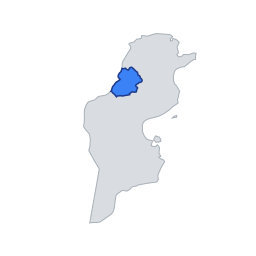 where Kassérine sits in Tunisia, rotated 22°
{"feature_id": "TUN-110", "entity_name": "Kassérine", "entity_type": "Governorate", "adm_level": 1, "iso_a3": "TUN", "parent_name": "Tunisia", "parent_adm1": "", "projection": "natural_earth1", "projection_center": [8.892, 35.211], "detail": "fine", "context": "in_parent", "style": "filled", "palette": "blue", "viewbox_px": 256, "rotation_deg": 22, "n_neighbors": 0, "source": "natural_earth", "source_scale": "10m", "svg_char_len": 3993}
<svg xmlns="http://www.w3.org/2000/svg" viewBox="0 0 256 256"><g transform="rotate(22 128 128)"><path d="M174.5,145.3L174.5,146.0L173.7,151.5L173.5,153.5L173.4,156.8L173.4,160.8L175.3,164.2L175.4,165.7L174.7,167.4L171.2,169.4L166.8,171.9L163.0,174.3L158.8,177.0L157.5,178.7L155.4,180.0L153.7,181.3L153.4,182.6L152.2,185.0L150.6,186.9L146.6,187.8L145.8,188.4L144.0,191.3L143.1,192.4L142.1,194.8L143.5,200.9L145.2,207.2L145.5,209.8L145.5,212.0L144.5,214.4L142.4,217.8L140.9,220.2L137.9,224.7L137.0,225.8L134.9,227.1L130.9,228.8L128.1,230.3L126.6,223.5L125.4,217.7L124.4,212.9L122.6,204.5L121.1,197.4L119.6,190.2L118.2,183.7L116.8,177.2L116.2,176.3L112.1,173.2L108.3,170.4L104.4,167.1L100.1,163.6L99.5,159.2L97.3,152.6L95.0,148.9L94.1,147.9L89.5,145.5L86.8,143.8L86.1,142.8L85.6,140.1L83.7,134.7L81.5,129.8L80.7,126.5L80.6,122.4L81.1,119.4L82.0,118.1L86.6,114.4L88.7,109.9L91.3,108.2L93.5,106.9L95.3,105.5L97.0,103.1L98.2,100.6L98.4,97.8L98.9,93.5L99.8,90.5L101.7,87.1L100.9,84.3L99.9,81.3L100.2,76.2L99.9,74.1L99.1,72.2L98.3,69.9L98.3,67.9L99.1,62.7L99.7,58.7L100.7,53.6L100.3,52.1L99.6,51.1L97.4,49.9L97.4,49.2L98.0,48.5L101.2,46.0L102.9,42.3L104.3,41.5L106.5,40.2L106.5,38.8L106.0,37.2L111.7,35.5L117.1,31.0L119.0,29.8L131.6,25.7L133.3,25.9L135.1,26.6L134.6,28.1L133.9,29.4L134.9,31.5L136.5,30.2L136.1,29.3L136.0,28.1L138.6,28.0L140.9,28.2L143.4,29.5L143.2,34.5L146.6,39.3L145.7,41.7L148.4,43.1L150.9,41.4L152.1,38.9L156.6,37.4L160.8,33.7L163.2,33.3L163.8,36.4L164.9,39.0L163.3,40.0L161.3,42.8L157.4,50.0L153.8,52.1L151.1,54.9L150.2,56.8L150.0,59.1L150.7,63.2L152.7,67.4L155.0,69.9L157.2,70.7L162.3,74.7L162.3,77.1L163.0,79.9L163.3,83.3L165.1,86.0L161.3,91.9L159.3,96.2L155.2,102.2L151.6,106.0L143.8,111.7L141.9,113.6L140.6,115.6L140.1,117.7L140.3,120.1L142.9,126.0L146.3,129.5L149.8,131.4L155.9,130.7L155.7,132.9L156.1,135.7L158.6,135.6L160.2,135.1L161.6,132.5L164.6,134.3L166.2,139.9L168.7,141.6L169.0,142.2L168.1,142.7L167.4,143.3L168.2,143.8L170.6,144.5L172.0,144.0L174.5,145.3ZM161.6,129.7L161.0,129.8L159.8,130.6L159.2,130.7L157.5,129.8L156.9,129.8L156.1,129.2L156.3,125.9L156.6,124.9L160.7,124.8L163.0,126.8L163.3,127.3L163.4,127.9L162.4,129.0L161.6,129.7ZM168.9,100.0L165.3,102.1L166.0,100.3L168.3,98.1L168.9,98.6L168.9,100.0Z" fill="#d9dde1" stroke="#a8b0b8" stroke-width="1"/><path d="M98.5,100.4L98.7,100.1L98.7,99.7L98.3,96.8L98.3,95.7L98.5,94.6L99.1,93.1L99.5,91.0L99.8,90.0L100.9,88.7L102.3,86.5L102.5,86.0L101.7,85.3L100.8,85.0L99.9,84.6L99.4,83.6L99.2,82.4L99.3,81.3L99.5,80.3L100.4,78.3L100.4,77.4L100.1,75.0L100.6,75.0L101.3,74.9L101.6,74.8L102.0,74.4L102.8,73.8L103.1,73.6L103.3,73.5L103.5,73.6L104.7,74.2L105.0,74.2L106.0,74.3L106.5,74.3L106.6,74.2L106.8,73.8L106.8,73.4L106.9,72.2L107.0,72.0L107.1,71.7L107.2,71.4L107.4,71.2L107.6,71.0L108.1,70.6L108.4,70.4L108.6,70.3L108.8,70.4L110.7,70.9L114.7,72.6L115.8,72.7L117.3,74.8L117.7,75.3L117.8,75.3L118.0,75.3L118.4,75.1L118.5,75.1L119.6,75.5L119.9,75.7L120.0,75.8L120.3,76.5L120.5,76.8L120.7,77.0L121.3,77.1L121.8,77.3L122.6,77.8L122.8,78.0L123.0,78.2L123.1,78.4L123.3,78.7L123.3,78.9L123.4,79.1L123.3,79.6L123.2,80.0L123.0,80.4L122.7,80.7L122.4,81.0L121.6,81.4L121.4,81.6L121.2,81.8L121.1,82.0L120.8,83.0L120.7,83.1L120.2,83.6L119.8,83.9L119.7,84.1L119.3,85.0L119.2,85.4L119.2,85.5L119.2,85.8L119.3,85.9L119.3,86.0L119.6,86.2L119.6,86.3L121.4,86.8L121.6,86.9L121.7,87.0L121.8,87.1L121.9,87.4L121.9,87.5L121.9,87.8L121.7,89.0L121.7,89.3L121.8,89.8L121.8,90.1L121.9,90.4L122.1,90.9L122.1,91.0L122.1,91.3L122.0,91.6L121.8,91.7L121.2,92.1L120.0,92.4L119.1,92.9L118.8,92.9L118.4,92.8L118.1,93.0L117.9,93.3L117.7,93.6L117.5,94.2L117.4,94.4L116.6,95.3L116.5,95.5L116.4,95.7L116.4,95.8L116.5,95.9L116.5,96.0L117.1,96.4L117.1,96.5L111.3,100.1L110.6,100.5L110.1,100.6L109.1,100.8L108.9,100.9L106.5,102.1L106.2,102.2L106.0,102.4L106.0,102.5L105.8,103.1L105.7,103.4L105.2,103.2L103.6,102.3L103.3,102.0L100.7,101.2L100.3,100.9L100.0,100.7L99.6,100.5L98.8,100.4L98.5,100.4Z" fill="#3b82f6" stroke="#1e3a8a" stroke-width="1.5"/></g></svg>